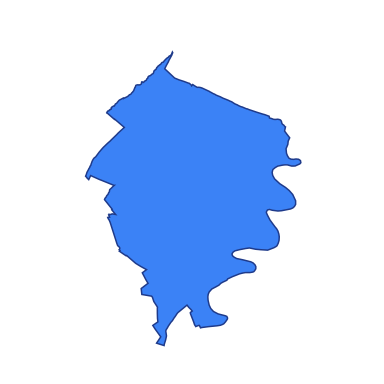 Ungheni, Iasi, Romania (orthographic projection), rotated 56°
{"feature_id": "2599482B66095426553968", "entity_name": "Ungheni", "entity_type": "district", "adm_level": 2, "iso_a3": "ROU", "parent_name": "Romania", "parent_adm1": "Iasi", "projection": "orthographic", "projection_center": [27.721, 47.204], "detail": "fine", "context": "isolated", "style": "filled", "palette": "blue", "viewbox_px": 384, "rotation_deg": 56, "n_neighbors": 0, "source": "geoboundaries", "source_scale": "gbopen_adm2", "svg_char_len": 5869}
<svg xmlns="http://www.w3.org/2000/svg" viewBox="0 0 384 384"><g transform="rotate(56 192 192)"><path d="M201.7,80.7L197.1,81.0L194.5,81.1L193.3,81.2L192.1,80.0L190.3,78.1L189.9,78.4L188.0,78.5L186.4,79.1L185.4,79.1L183.5,78.4L182.5,78.3L181.8,78.4L181.1,78.8L179.7,80.1L179.4,80.6L178.6,82.1L178.1,82.8L177.3,83.8L175.4,85.1L174.0,86.4L173.5,86.2L173.2,86.0L172.3,85.7L168.3,88.6L167.2,89.6L162.2,93.6L155.4,98.8L154.1,99.6L153.5,100.3L149.5,102.9L149.2,103.2L148.8,103.6L146.4,105.1L145.1,105.7L143.2,107.0L141.7,107.7L139.7,108.5L138.4,109.3L137.5,110.0L136.9,110.2L134.5,111.8L132.9,112.9L131.6,113.8L128.7,115.4L127.0,116.6L125.0,117.9L123.6,118.5L122.5,119.3L119.7,120.7L119.1,121.1L118.4,121.3L111.3,125.6L111.2,125.8L110.5,126.2L109.6,127.1L108.9,127.9L108.2,129.1L107.7,129.4L104.9,130.7L103.3,131.3L103.8,132.9L102.7,132.8L100.3,133.5L99.7,134.1L95.9,136.8L91.7,140.1L87.8,142.7L74.6,145.7L73.9,144.5L72.8,142.6L70.8,138.7L70.5,138.3L69.9,137.4L69.0,135.6L67.9,133.5L67.3,132.3L66.3,131.0L65.8,130.1L65.0,130.0L66.2,131.8L66.5,132.1L66.5,132.6L66.9,133.1L66.9,134.1L66.6,134.5L66.6,135.0L67.1,136.4L67.0,136.9L67.0,138.0L67.4,140.4L67.6,140.9L67.8,142.0L68.2,142.7L68.3,143.0L68.2,143.4L67.9,144.2L67.9,144.7L68.1,145.4L68.4,146.0L68.5,146.3L68.5,146.6L68.6,146.9L68.5,147.2L68.5,148.0L68.7,148.5L68.6,149.4L68.6,149.6L68.9,150.3L69.2,151.8L69.7,152.3L69.8,152.7L70.1,153.0L70.2,154.8L70.4,155.8L71.7,157.3L72.0,157.8L72.1,158.2L71.9,159.1L72.0,159.7L72.0,160.2L72.2,161.0L72.2,161.6L71.9,162.4L71.8,162.7L71.9,163.6L72.0,164.0L72.2,164.4L72.6,164.7L72.9,165.0L72.9,165.9L73.1,166.4L73.5,166.9L73.7,167.5L73.8,167.6L73.7,168.2L73.6,169.4L73.8,169.7L73.9,170.2L73.8,170.5L73.9,171.1L72.7,171.8L72.6,172.1L72.7,172.3L73.0,172.5L73.2,172.8L73.6,173.0L74.0,173.4L74.1,173.8L74.1,174.8L74.0,175.3L73.8,175.7L73.4,176.2L73.2,176.7L72.7,177.2L72.4,177.9L72.2,178.9L73.0,180.0L73.4,180.5L73.5,181.0L73.8,181.4L75.0,183.2L75.4,183.6L75.7,184.8L75.8,185.1L76.0,185.3L76.1,186.4L76.6,187.7L76.7,188.5L76.6,188.8L76.5,189.0L76.4,189.4L76.5,189.8L76.5,190.3L76.6,190.5L76.8,191.7L76.7,192.6L76.7,193.5L76.5,194.0L76.4,194.5L76.5,195.3L76.3,195.6L75.9,195.8L75.7,196.2L75.7,196.5L76.0,196.8L75.6,197.0L75.5,198.2L75.5,198.5L75.3,199.8L75.2,200.7L75.3,201.5L75.5,202.3L75.7,202.6L75.8,203.5L76.1,204.0L76.3,205.0L76.3,205.6L76.2,206.3L76.5,206.7L76.9,207.6L77.0,207.8L77.2,208.0L77.3,208.2L77.1,208.5L76.9,208.8L76.8,209.1L76.9,209.4L76.8,209.9L76.8,210.3L76.7,210.7L77.0,211.3L77.1,211.9L77.5,211.9L78.1,212.6L77.9,213.1L77.8,213.3L78.0,213.6L77.8,214.1L78.0,214.4L78.0,214.6L77.9,214.9L78.2,215.4L77.8,216.5L78.0,216.7L78.1,217.5L78.3,217.6L78.4,217.8L78.7,218.5L78.8,218.5L79.0,218.2L88.4,215.7L88.3,215.4L97.3,212.9L100.6,212.0L101.5,218.1L101.9,220.6L102.3,222.2L102.8,225.0L103.4,228.4L103.7,230.1L103.9,230.8L104.4,234.7L105.4,240.5L105.9,242.5L107.0,246.5L109.0,252.2L109.1,254.2L109.4,255.0L109.6,255.6L110.3,256.9L110.8,257.8L111.2,258.3L112.5,260.1L113.4,261.1L113.5,261.5L113.6,262.1L113.9,262.4L114.5,263.2L114.7,263.7L114.8,264.1L115.1,264.6L115.8,265.8L116.4,267.0L117.0,268.1L118.6,270.1L119.4,271.4L120.7,271.2L121.6,271.2L124.0,270.7L121.7,266.8L123.7,265.6L129.8,261.8L132.4,260.0L134.2,258.8L137.6,256.5L142.1,253.5L142.8,253.0L143.0,252.7L143.3,254.7L143.7,256.7L144.0,258.8L144.3,259.2L145.3,260.1L145.8,260.8L146.1,261.7L147.0,263.0L147.3,264.5L147.6,265.2L148.1,265.9L148.2,266.2L148.4,267.1L148.5,267.4L148.7,267.8L149.0,268.3L149.4,268.8L161.7,267.8L161.8,268.5L167.9,267.9L165.4,270.5L165.4,271.4L165.2,271.8L164.2,273.2L164.8,273.3L164.5,273.9L166.8,274.4L166.0,276.1L167.4,276.4L168.4,276.3L171.3,276.8L183.9,280.5L192.4,283.0L194.8,283.6L195.4,283.5L196.5,283.2L197.1,283.1L197.7,283.1L198.3,283.3L198.7,283.8L199.0,284.3L199.1,284.7L200.4,284.4L200.5,284.6L200.5,285.3L204.9,283.6L208.1,282.3L208.1,281.7L219.6,278.6L225.1,276.1L230.9,273.1L231.2,278.4L239.1,279.3L243.1,279.5L243.6,288.1L248.9,290.9L250.9,288.8L255.8,283.7L256.3,283.7L257.2,283.7L261.5,284.9L268.2,285.0L268.3,285.2L268.8,285.6L273.1,288.5L277.5,291.3L280.6,292.9L280.7,299.1L284.9,299.2L294.6,298.9L296.6,303.7L297.4,305.7L297.5,305.9L299.2,304.6L303.7,301.0L302.7,300.1L299.9,296.6L297.5,294.1L297.0,293.6L292.8,291.6L292.3,291.2L291.7,290.3L290.7,288.0L290.1,287.0L289.7,286.0L288.2,282.3L288.0,281.4L287.7,280.2L286.4,277.3L285.9,275.8L284.4,272.2L284.1,271.1L283.0,259.4L285.8,259.2L288.7,258.6L290.8,258.4L291.0,260.7L291.2,261.0L292.4,261.4L300.7,263.3L303.5,264.1L305.7,264.1L305.7,263.6L306.5,260.7L306.8,260.5L309.4,260.9L309.9,259.5L312.9,253.5L316.9,246.1L318.4,242.9L318.9,240.6L319.0,239.3L318.4,236.9L317.6,234.8L317.0,233.5L316.1,232.9L314.6,232.7L313.1,233.7L307.7,238.5L303.1,241.0L299.0,241.6L295.3,241.0L290.7,239.2L287.8,237.5L285.9,235.8L284.5,233.7L283.5,229.8L284.3,221.8L283.8,219.1L284.0,216.7L284.6,212.8L284.5,211.9L284.0,211.1L284.8,205.8L286.4,198.5L287.5,195.4L288.6,192.9L291.2,189.0L292.2,186.8L292.6,185.5L292.3,184.1L291.7,182.8L291.4,182.1L289.6,180.8L287.7,180.5L285.0,181.0L282.7,182.3L276.4,188.0L272.1,192.2L269.8,193.4L268.0,194.0L266.6,193.9L265.5,193.2L264.8,191.4L264.8,189.3L266.4,184.8L268.8,179.2L270.5,175.7L275.0,171.3L278.1,167.5L282.5,161.8L284.0,155.3L284.2,153.0L284.1,151.6L282.7,149.2L280.8,146.9L277.9,144.7L275.4,143.5L272.4,142.6L269.6,142.4L266.9,142.7L258.8,143.0L253.5,142.4L250.7,141.9L250.0,141.3L249.1,139.5L249.8,137.5L252.0,135.7L255.8,131.4L257.6,128.2L261.2,119.7L261.6,117.3L261.3,115.2L260.2,113.0L257.2,111.0L250.4,109.9L245.1,110.6L240.6,111.9L234.2,114.6L227.3,116.2L223.3,115.8L220.6,114.6L218.6,112.4L218.3,109.4L218.5,106.4L220.4,101.8L221.5,99.7L222.9,97.7L226.2,94.9L228.1,92.0L229.0,86.9L228.6,85.4L226.6,84.5L224.5,85.3L222.8,87.3L221.7,89.6L220.1,91.6L218.2,92.7L215.4,92.6L212.7,92.0L208.7,89.8L206.2,86.0L203.6,83.8L201.7,80.7Z" fill="#3b82f6" stroke="#1e3a8a" stroke-width="1.5"/></g></svg>